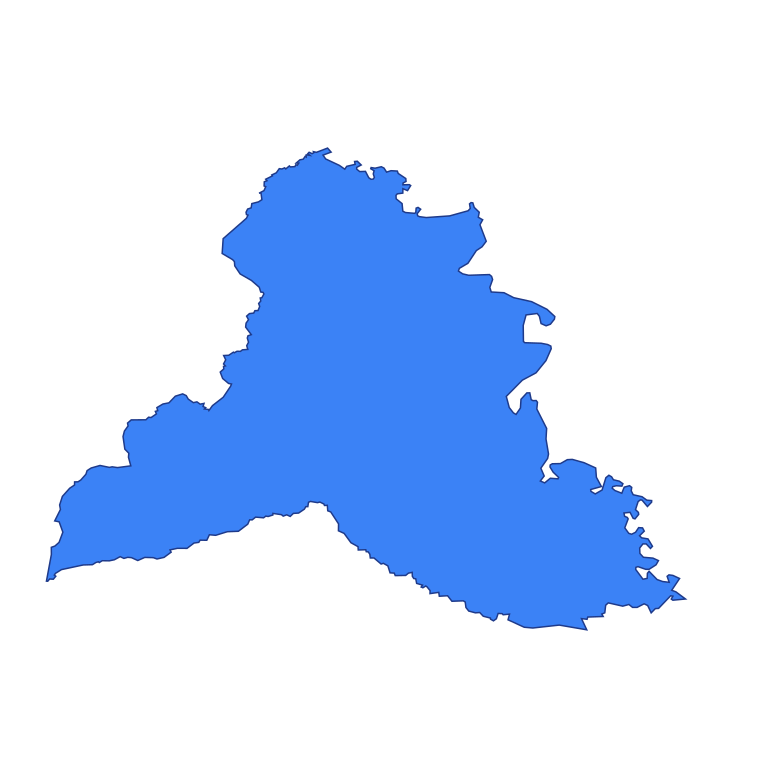 the district of Chonnabot, Khon Kaen, Thailand, rotated 95°
{"feature_id": "78962969B78938265467215", "entity_name": "Chonnabot", "entity_type": "district", "adm_level": 2, "iso_a3": "THA", "parent_name": "Thailand", "parent_adm1": "Khon Kaen", "projection": "equal_earth", "projection_center": [102.548, 16.027], "detail": "fine", "context": "isolated", "style": "filled", "palette": "blue", "viewbox_px": 768, "rotation_deg": 95, "n_neighbors": 0, "source": "geoboundaries", "source_scale": "gbopen_adm2", "svg_char_len": 6150}
<svg xmlns="http://www.w3.org/2000/svg" viewBox="0 0 768 768"><g transform="rotate(95 384 384)"><path d="M583.6,90.9L570.0,80.0L570.2,77.7L573.2,79.1L574.2,77.4L571.9,64.9L565.6,75.1L564.4,79.4L552.0,72.6L549.5,79.5L549.3,83.5L550.9,85.2L556.7,82.6L556.5,89.2L555.0,94.9L547.5,103.6L549.6,105.1L554.7,104.9L555.9,109.0L546.8,117.1L544.7,117.1L543.8,115.1L545.8,107.1L545.5,103.8L540.4,97.2L536.0,95.2L534.0,100.9L534.0,110.5L530.5,114.3L525.1,115.0L520.7,112.1L520.5,108.8L524.6,104.2L522.3,102.4L515.3,107.5L514.8,113.9L512.9,116.2L507.9,111.9L504.8,113.9L504.9,117.8L509.8,120.5L512.1,124.3L511.4,127.2L506.3,131.6L497.1,129.0L495.7,130.0L494.8,132.8L491.6,133.7L490.4,127.7L496.1,124.1L496.5,122.2L491.7,118.9L489.7,119.4L487.2,122.5L479.0,120.6L477.1,118.5L477.2,116.8L483.1,110.9L478.4,107.1L476.8,107.2L476.8,112.1L473.8,117.1L472.6,126.1L468.9,128.4L465.4,128.2L463.9,130.5L465.8,135.7L472.1,137.6L470.0,144.7L467.9,147.6L466.3,147.2L465.1,143.7L465.0,138.1L462.5,137.3L460.3,141.1L459.4,147.1L456.6,149.2L455.3,152.0L458.0,154.8L470.6,157.5L475.1,164.0L472.9,168.5L471.1,168.9L467.2,158.5L458.4,164.3L449.2,165.8L445.0,177.7L442.7,189.8L443.4,194.8L447.9,201.3L448.8,209.4L450.2,211.4L452.2,211.4L457.1,207.8L461.8,201.9L463.3,202.4L463.4,210.1L468.5,215.3L467.0,219.8L461.7,216.4L454.2,220.4L443.9,214.5L439.4,214.0L424.7,217.8L414.1,218.1L395.6,229.6L388.8,229.5L387.2,231.0L387.6,234.1L386.8,236.0L380.1,238.0L380.4,240.9L387.3,246.2L396.0,246.0L402.8,249.8L401.5,252.6L396.5,257.2L385.7,261.1L368.1,246.5L359.6,233.5L346.6,224.7L334.3,220.5L331.7,221.1L330.4,224.4L329.7,231.0L330.6,247.3L329.5,248.8L313.5,250.4L302.8,248.5L300.4,237.5L303.0,235.1L310.1,232.8L311.9,227.6L309.9,223.4L304.6,219.9L301.9,219.7L295.4,228.1L289.1,244.1L286.7,262.3L282.6,272.4L283.0,285.2L278.5,287.0L270.5,284.9L267.4,286.2L265.8,288.5L268.3,309.1L267.4,315.3L265.0,319.7L262.2,319.0L256.4,310.9L243.0,303.6L238.8,298.3L232.9,294.6L217.0,302.3L211.8,300.0L209.7,304.6L204.6,304.1L200.2,309.5L195.8,311.3L195.7,313.1L197.1,314.5L201.6,313.4L204.1,315.3L210.8,333.2L214.5,356.4L214.2,363.3L213.5,365.1L211.5,365.8L206.7,362.7L205.1,365.5L206.0,367.3L210.4,367.3L211.3,368.4L211.3,377.6L210.2,380.3L202.7,381.7L198.5,388.0L195.0,388.5L193.4,387.3L192.2,381.9L187.8,382.2L189.3,377.4L184.0,374.7L183.2,376.1L183.9,382.5L182.1,382.5L180.3,379.7L177.4,380.2L173.0,388.2L170.7,389.3L170.9,395.6L172.7,399.9L168.9,402.8L167.8,405.6L169.8,411.7L169.5,415.7L170.7,416.0L172.4,412.5L175.7,413.0L179.0,411.6L180.8,412.6L181.2,414.8L179.8,417.2L173.8,421.0L174.5,426.7L172.4,429.9L170.6,430.1L167.8,425.8L164.4,430.0L164.9,432.7L167.7,431.9L170.4,440.1L173.4,441.8L170.1,447.5L164.9,461.7L161.3,464.7L157.6,456.9L153.9,460.8L159.1,471.5L158.7,474.5L159.6,474.0L160.8,475.7L159.7,478.8L161.2,480.0L162.7,477.8L162.5,481.4L164.6,481.3L164.0,482.3L167.1,484.1L168.0,487.3L171.5,490.7L171.4,488.2L173.7,489.4L173.2,490.9L175.2,491.7L175.9,496.2L175.0,497.3L178.3,500.6L177.3,501.8L178.7,504.5L178.6,507.1L183.0,509.7L185.5,514.0L186.4,513.3L190.3,519.7L191.7,518.3L193.0,520.9L197.2,520.7L197.7,519.0L201.8,520.4L204.8,525.1L204.4,523.2L211.0,521.7L213.5,524.9L215.8,531.4L220.1,531.7L221.6,535.1L224.9,536.4L227.2,535.8L227.6,534.2L230.9,535.5L253.2,556.9L268.1,556.6L273.3,545.7L275.1,543.7L279.3,543.0L286.9,536.9L292.4,525.1L298.5,516.7L303.1,514.8L303.3,512.4L304.8,511.5L308.7,513.2L309.1,514.8L312.1,514.0L314.7,515.9L317.6,514.6L321.8,515.9L322.2,519.0L324.7,520.0L325.6,524.2L328.4,526.8L331.7,524.6L335.4,526.7L339.4,526.8L346.4,520.5L347.8,523.7L350.1,524.2L354.2,522.6L357.8,524.1L361.4,522.7L362.3,528.0L364.0,529.9L364.2,533.3L365.9,535.8L365.4,536.8L368.9,541.2L369.6,546.2L373.7,543.8L378.0,545.6L379.8,543.6L380.5,545.4L382.9,544.9L386.4,548.2L392.6,545.2L397.0,538.9L397.3,535.9L399.6,536.6L411.2,543.0L420.5,553.0L425.7,556.1L424.7,556.6L424.5,560.7L423.1,559.6L422.2,562.3L419.0,561.6L420.1,565.4L418.1,568.8L419.2,572.3L416.1,577.7L412.8,580.0L411.4,583.7L414.3,590.8L421.5,596.6L423.2,602.5L427.3,608.2L430.3,607.1L431.2,609.4L433.6,608.1L437.7,613.1L437.6,615.6L440.4,618.1L441.8,632.7L445.3,636.1L448.1,635.3L453.5,638.5L459.1,639.4L471.5,636.5L475.2,632.2L479.2,632.2L487.6,629.1L490.5,642.2L490.2,647.6L491.0,650.3L489.9,659.8L493.2,668.4L496.1,672.2L499.9,673.1L506.1,677.7L508.1,680.3L508.5,683.7L511.6,683.5L515.2,688.0L524.0,694.6L532.8,696.6L537.2,695.4L549.1,700.1L549.6,695.6L559.6,691.0L570.1,693.9L574.1,697.7L575.7,701.2L582.8,700.5L609.8,703.1L609.8,701.8L607.4,700.1L607.3,696.4L604.1,694.2L603.1,695.8L601.2,694.7L597.0,689.1L590.5,667.9L589.4,658.7L586.9,655.4L586.0,653.0L586.7,652.1L584.6,649.3L584.1,642.3L582.6,637.3L579.0,631.8L580.4,627.9L579.0,624.2L579.0,620.4L581.3,613.9L577.6,607.2L577.1,598.7L578.1,594.9L575.9,588.0L570.1,581.4L567.9,582.7L565.7,575.5L564.9,565.9L559.0,559.4L557.9,554.7L555.6,553.6L555.1,546.9L549.4,544.8L549.4,538.5L544.8,527.2L543.4,516.2L535.5,507.5L531.0,506.0L530.8,503.4L527.8,500.3L527.8,492.3L525.9,490.2L526.1,487.9L524.2,483.3L522.6,483.4L523.1,474.8L524.4,472.9L522.8,469.5L524.1,465.9L520.8,463.0L520.0,457.8L515.6,452.4L513.0,451.2L512.8,449.2L508.4,448.9L507.4,447.0L508.0,439.9L507.2,437.6L508.8,433.4L510.2,432.7L509.8,429.9L515.2,429.0L516.1,425.9L527.3,417.1L534.2,416.6L536.3,410.7L545.0,403.1L548.3,395.7L551.6,395.2L550.7,387.7L552.6,387.1L552.6,385.1L554.8,383.3L558.5,382.5L558.2,378.8L563.6,371.2L562.7,369.0L564.8,364.3L571.6,361.5L571.5,357.3L573.9,356.1L572.8,345.7L570.3,343.2L569.2,339.5L573.1,339.0L575.2,337.4L575.3,335.4L579.8,334.1L581.0,328.1L583.0,329.3L583.6,327.5L581.6,324.8L582.2,323.6L585.8,320.1L588.8,319.9L586.8,311.3L590.6,310.4L589.4,302.2L594.5,297.4L593.1,286.1L594.1,284.1L599.5,282.9L602.8,279.8L604.0,273.0L603.3,268.7L606.7,264.9L607.9,257.6L609.0,257.4L610.4,254.3L608.1,251.6L602.6,250.3L602.5,246.2L603.5,245.2L602.3,238.9L608.1,239.9L614.1,223.1L614.1,214.5L608.9,188.4L611.2,160.6L600.5,166.8L600.7,161.2L598.4,160.7L596.5,145.4L594.2,147.0L592.7,144.1L585.1,143.9L582.5,141.5L584.5,126.8L582.3,120.8L584.9,116.9L584.5,112.4L580.3,105.7L581.7,102.0L588.7,97.9L584.1,94.1L583.6,90.9Z" fill="#3b82f6" stroke="#1e3a8a" stroke-width="1.5"/></g></svg>